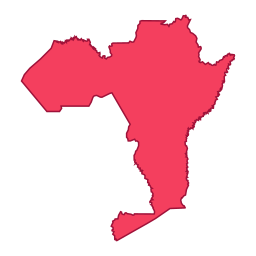 the district of Borba, Amazonas, Brazil
{"feature_id": "56859067B43884910797312", "entity_name": "Borba", "entity_type": "district", "adm_level": 2, "iso_a3": "BRA", "parent_name": "Brazil", "parent_adm1": "Amazonas", "projection": "robinson", "projection_center": [-59.228, -5.33], "detail": "fine", "context": "isolated", "style": "filled", "palette": "rose", "viewbox_px": 256, "rotation_deg": 0, "n_neighbors": 0, "source": "geoboundaries", "source_scale": "gbopen_adm2", "svg_char_len": 5799}
<svg xmlns="http://www.w3.org/2000/svg" viewBox="0 0 256 256"><path d="M185.0,207.9L185.1,207.4L184.7,207.3L184.1,205.8L183.3,205.7L181.5,203.4L180.7,200.1L181.6,197.8L182.1,198.0L183.7,195.9L185.5,195.0L186.5,189.4L188.5,185.1L187.7,184.1L188.6,183.0L187.7,181.3L187.9,180.5L186.6,180.0L186.3,178.1L186.7,177.9L186.6,177.2L187.4,177.2L186.8,176.4L187.5,173.9L187.1,173.6L187.8,173.0L187.4,172.3L188.1,171.8L187.7,171.0L187.5,171.6L186.4,171.4L186.8,170.9L186.8,168.6L187.0,168.8L186.6,167.7L186.9,167.3L187.3,167.8L187.8,167.1L186.7,165.1L187.0,164.2L186.7,163.8L187.7,163.0L187.0,161.2L187.4,159.4L187.9,159.1L187.2,157.4L186.7,157.2L186.8,156.4L186.3,156.5L186.8,155.8L186.2,155.1L186.7,154.8L186.6,154.2L186.1,154.4L185.6,153.7L186.4,153.5L186.1,153.1L186.7,152.7L186.5,151.5L187.4,148.5L186.9,146.8L186.3,146.3L186.5,145.9L185.3,145.0L185.0,142.0L186.4,141.3L186.2,139.3L186.7,138.6L186.2,137.4L186.9,136.5L186.5,135.8L187.3,136.1L187.3,135.1L188.2,135.2L188.4,134.3L187.6,134.2L187.2,133.3L188.1,133.3L188.0,132.3L188.5,131.4L187.6,130.9L188.2,130.4L188.4,129.2L188.0,128.8L188.3,128.2L188.9,129.5L189.1,128.8L190.1,128.8L190.7,127.9L191.3,128.0L191.1,128.5L192.2,127.9L192.9,128.7L193.0,127.7L194.1,126.9L194.2,126.2L193.0,126.3L192.6,125.6L194.4,124.3L193.4,123.0L194.6,123.2L195.4,122.5L195.1,120.9L195.9,121.2L196.4,119.6L198.5,120.4L198.6,118.4L200.5,119.6L200.6,118.7L199.9,117.5L199.5,117.7L199.4,117.0L201.6,117.1L202.4,116.3L203.3,116.3L203.4,115.1L204.5,114.7L204.4,114.0L203.5,113.4L203.6,112.9L205.6,112.5L206.1,113.7L207.0,112.5L208.0,113.2L207.8,111.7L208.4,110.8L209.5,111.6L210.4,111.1L209.7,110.4L208.9,110.5L209.2,109.6L210.9,109.7L210.5,108.8L211.2,108.1L213.1,108.2L212.2,105.8L212.8,105.7L213.5,106.5L213.6,104.9L215.0,103.8L214.7,102.3L215.3,101.9L215.5,100.1L217.3,99.3L215.9,96.9L218.1,96.3L218.0,94.5L218.8,95.3L219.4,94.7L217.9,91.8L218.7,91.9L218.9,91.3L219.8,91.3L220.5,90.7L220.2,89.1L220.8,88.3L221.3,89.7L221.7,89.2L222.5,85.7L222.2,83.9L222.9,82.7L223.9,82.7L224.3,81.7L223.6,81.7L223.8,81.2L223.2,81.0L224.4,80.6L224.2,76.7L224.9,75.5L225.6,75.3L224.7,73.5L224.7,72.7L225.1,72.2L226.9,72.6L227.6,72.0L226.6,70.4L226.7,68.8L227.7,68.1L228.5,68.9L228.8,68.4L227.9,66.2L228.8,65.6L228.6,64.1L230.1,64.8L230.6,64.1L230.1,61.5L232.1,60.6L232.2,59.8L233.9,59.5L234.2,58.4L233.5,58.0L234.5,55.7L234.2,54.8L232.2,54.5L231.9,55.0L230.9,54.3L230.3,55.1L229.2,53.4L228.4,54.2L227.8,54.1L227.2,54.7L227.2,55.8L225.2,55.7L224.4,57.2L223.6,56.8L222.6,59.4L219.6,60.5L218.5,62.2L216.6,61.9L215.8,65.1L214.6,64.9L214.3,64.4L212.9,65.4L211.6,65.2L210.6,64.1L209.6,64.3L208.3,62.6L205.3,64.4L202.5,61.8L200.6,62.6L199.4,62.2L199.0,61.3L199.8,61.3L200.1,59.7L198.6,56.5L199.0,54.8L198.6,52.9L201.1,48.9L201.0,47.2L200.5,46.6L198.4,47.1L198.0,44.9L196.1,42.0L196.9,38.4L195.6,35.8L192.7,33.4L190.5,32.5L189.5,29.6L187.6,27.7L187.4,25.9L190.4,19.6L188.8,19.9L187.7,17.4L185.6,17.3L186.1,15.9L185.8,15.4L184.4,15.9L183.3,15.7L181.9,18.9L180.9,19.9L177.7,18.3L175.8,18.6L175.3,21.7L174.6,22.1L173.8,21.5L172.1,23.8L169.8,24.2L168.9,26.3L167.5,24.3L164.8,24.7L161.9,24.3L161.9,23.5L161.0,23.7L161.1,23.3L163.7,22.6L165.3,20.9L141.7,20.7L140.0,21.2L139.9,23.5L137.9,25.5L137.8,28.5L135.9,32.7L136.4,35.7L136.0,37.5L133.7,41.9L132.1,42.2L130.0,41.2L128.7,42.9L112.9,43.1L112.1,43.5L111.7,44.0L112.1,45.8L110.4,46.4L109.6,45.9L108.9,46.9L110.2,50.3L110.3,52.6L111.7,54.5L111.6,55.9L109.9,57.0L107.6,57.4L106.3,58.9L104.7,58.1L105.0,56.1L104.6,55.8L103.1,55.9L102.2,58.0L99.6,56.4L99.8,55.7L99.1,55.2L100.0,54.2L99.8,52.5L98.2,53.0L96.9,52.3L96.7,50.9L95.3,50.2L95.7,49.0L94.0,47.5L93.6,47.9L94.2,49.0L93.7,49.2L92.8,48.1L92.9,46.9L92.2,47.1L91.4,45.9L90.6,45.8L90.5,44.7L89.6,44.6L90.3,42.4L88.9,39.3L87.6,39.3L88.1,40.4L86.9,41.2L83.6,40.4L83.3,41.2L82.6,40.5L82.1,40.7L82.9,39.9L82.1,39.9L81.3,38.7L80.1,40.1L78.9,39.4L78.1,40.0L77.5,39.3L77.8,38.6L76.3,37.6L76.3,36.8L75.5,37.3L75.0,36.7L75.0,38.2L74.6,37.4L74.0,38.6L73.6,37.6L73.1,38.0L73.1,39.6L71.5,38.1L71.6,39.3L70.7,38.6L69.3,40.6L68.8,40.8L68.8,40.2L68.1,40.0L67.6,41.0L66.8,40.1L66.2,40.7L66.3,42.1L65.4,41.0L65.2,42.1L64.4,42.3L64.2,43.0L63.1,42.5L62.9,43.3L62.4,42.5L61.9,43.8L60.8,42.8L61.4,42.2L60.5,41.7L61.0,41.0L59.9,42.0L57.1,41.6L57.5,42.2L56.7,41.9L57.2,41.2L54.1,40.7L51.2,48.3L40.5,59.0L29.9,68.2L24.4,74.6L21.5,81.0L46.9,111.5L59.5,111.5L61.6,108.4L61.1,106.1L88.9,106.1L91.2,102.1L92.9,97.3L94.2,95.8L96.7,95.4L100.3,97.1L102.0,97.2L109.8,93.4L111.9,92.8L130.2,124.3L128.7,126.8L128.3,129.9L126.6,133.3L126.6,137.3L127.7,138.5L128.2,140.9L130.4,140.9L134.7,139.2L135.7,141.1L136.9,140.9L138.6,142.2L138.6,145.9L136.9,150.1L135.7,151.2L135.2,153.5L134.1,155.4L134.2,159.8L134.7,159.6L135.1,160.1L134.7,161.8L135.0,162.5L135.9,162.7L135.4,163.7L136.0,163.3L137.4,164.9L138.0,164.9L137.6,167.0L138.7,167.4L139.2,168.8L140.2,168.3L140.3,170.9L141.9,170.2L142.6,170.6L141.5,171.8L142.1,172.4L141.9,173.7L144.3,174.7L145.0,175.6L144.9,178.4L147.8,179.6L147.7,182.6L148.6,182.7L149.4,184.5L149.4,185.0L148.7,184.7L148.6,185.1L150.1,185.6L150.7,187.2L152.1,188.3L151.1,188.5L151.0,189.7L151.3,191.8L152.1,192.1L153.1,194.0L152.4,195.6L153.1,196.0L151.5,198.5L152.8,199.7L150.9,200.0L149.8,201.9L150.0,202.5L150.8,202.0L151.8,202.8L151.5,204.4L151.0,204.7L152.2,205.4L152.1,206.1L153.2,207.4L152.9,207.9L154.5,211.1L154.5,212.9L154.1,214.0L134.4,213.9L134.0,214.9L133.0,215.2L131.0,214.2L127.4,213.7L126.0,212.8L125.1,213.0L124.1,214.6L122.9,214.4L121.8,213.7L121.5,212.1L120.6,211.7L118.6,215.3L117.9,218.8L115.1,219.0L114.7,220.1L112.7,221.2L113.0,222.4L111.2,226.2L113.0,227.4L113.2,229.2L112.3,229.6L112.0,230.7L113.9,231.6L112.8,234.2L114.6,235.7L114.8,239.3L115.8,238.9L116.2,239.3L116.1,240.4L116.8,240.6L148.4,222.7L155.5,218.5L170.0,208.5L185.0,207.9Z" fill="#f43f5e" stroke="#9f1239" stroke-width="1.5"/></svg>